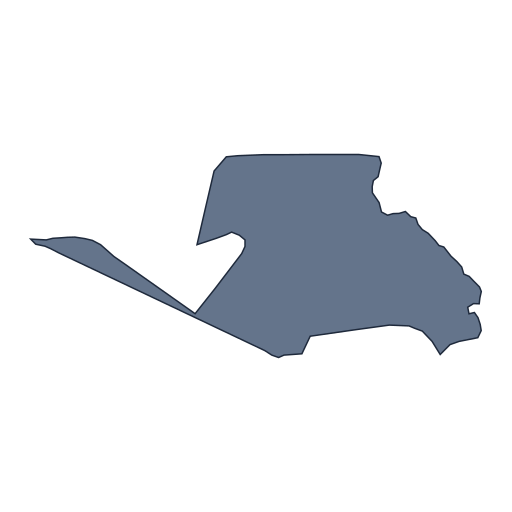 outline of Paranatama, Pernambuco, Brazil
{"feature_id": "56859067B22250448263052", "entity_name": "Paranatama", "entity_type": "district", "adm_level": 2, "iso_a3": "BRA", "parent_name": "Brazil", "parent_adm1": "Pernambuco", "projection": "mercator", "projection_center": [-36.705, -8.893], "detail": "fine", "context": "isolated", "style": "filled", "palette": "slate", "viewbox_px": 512, "rotation_deg": 0, "n_neighbors": 0, "source": "geoboundaries", "source_scale": "gbopen_adm2", "svg_char_len": 1223}
<svg xmlns="http://www.w3.org/2000/svg" viewBox="0 0 512 512"><path d="M50.5,248.6L58.6,252.8L264.8,350.6L271.8,355.1L278.6,357.5L284.0,355.1L301.9,353.8L304.0,349.3L310.2,336.2L356.3,329.6L389.3,325.1L394.6,325.3L409.0,325.9L414.7,328.3L422.3,331.1L432.1,341.4L440.2,354.5L450.0,344.6L459.1,341.4L477.8,337.7L481.2,330.6L480.2,324.4L478.0,317.7L474.4,312.5L469.0,313.8L467.7,307.2L473.5,303.6L479.2,303.8L479.9,297.9L481.3,291.5L479.5,287.0L473.2,280.6L469.2,276.4L463.8,274.1L461.7,267.0L456.8,261.5L451.0,256.2L443.8,247.0L438.9,245.5L435.2,240.7L428.2,233.3L422.3,229.6L418.0,224.4L415.8,218.0L410.8,216.7L405.4,211.5L399.1,213.4L393.1,213.6L387.6,215.2L381.5,212.0L379.1,202.6L372.4,192.8L372.2,186.6L373.4,180.5L378.1,176.7L379.6,170.0L381.2,163.1L379.0,156.6L358.9,154.5L348.5,154.5L311.5,154.5L282.0,154.7L263.2,154.7L238.0,155.7L226.3,156.8L214.1,171.0L205.8,206.6L202.4,221.3L197.0,244.7L216.3,238.3L226.4,234.6L231.6,232.1L239.3,235.2L245.0,239.9L245.0,246.5L241.7,253.6L215.0,288.6L195.1,313.7L123.7,263.3L113.9,256.5L100.6,244.7L92.4,240.4L84.8,238.6L74.9,237.1L67.4,237.3L60.9,237.8L52.8,238.3L46.3,239.9L30.7,239.1L35.7,244.2L45.0,246.2L50.5,248.6Z" fill="#64748b" stroke="#1e293b" stroke-width="1.5"/></svg>